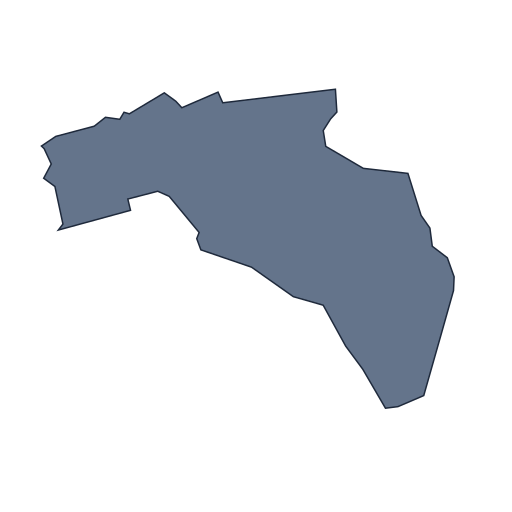 St. John the Baptist, Louisiana, United States of America (Equal Earth projection), rotated 76°
{"feature_id": "52423323B25245708603821", "entity_name": "St. John the Baptist", "entity_type": "district", "adm_level": 2, "iso_a3": "USA", "parent_name": "United States of America", "parent_adm1": "Louisiana", "projection": "equal_earth", "projection_center": [-90.507, 30.091], "detail": "fine", "context": "isolated", "style": "filled", "palette": "slate", "viewbox_px": 512, "rotation_deg": 76, "n_neighbors": 0, "source": "geoboundaries", "source_scale": "gbopen_adm2", "svg_char_len": 737}
<svg xmlns="http://www.w3.org/2000/svg" viewBox="0 0 512 512"><g transform="rotate(76 256 256)"><path d="M97.4,437.6L100.6,435.6L117.2,432.4L129.2,443.2L139.9,434.3L178.3,435.6L183.0,441.5L181.3,366.7L169.7,366.6L169.4,335.7L177.1,325.8L219.4,305.5L224.8,309.3L236.7,308.0L265.8,263.0L304.5,229.6L320.0,202.7L365.1,190.8L391.7,179.8L435.0,167.2L436.5,154.7L432.0,127.0L376.1,94.9L337.3,72.7L324.1,68.8L304.0,70.8L289.2,82.6L271.0,80.5L256.6,86.0L212.6,88.6L196.9,130.7L166.5,161.8L150.5,160.4L141.0,150.4L135.9,142.7L113.4,138.6L107.2,188.0L99.3,251.2L87.8,253.2L94.2,292.1L86.4,296.4L75.5,305.5L87.4,344.5L84.6,349.3L90.4,355.1L85.0,368.5L90.9,381.5L91.5,421.3L97.4,437.6Z" fill="#64748b" stroke="#1e293b" stroke-width="1.5"/></g></svg>